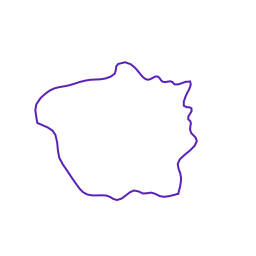 an SVG outline of Aguascalientes, rotated 46°
{"feature_id": "MEX-2717", "entity_name": "Aguascalientes", "entity_type": "State", "adm_level": 1, "iso_a3": "MEX", "parent_name": "Mexico", "parent_adm1": "", "projection": "natural_earth1", "projection_center": [-102.327, 22.067], "detail": "fine", "context": "isolated", "style": "outline", "palette": "violet", "viewbox_px": 256, "rotation_deg": 46, "n_neighbors": 0, "source": "natural_earth", "source_scale": "10m", "svg_char_len": 1619}
<svg xmlns="http://www.w3.org/2000/svg" viewBox="0 0 256 256"><g transform="rotate(46 128 128)"><path d="M210.3,137.7L209.8,138.3L209.4,138.9L209.1,139.6L208.8,140.2L205.6,145.7L202.7,149.7L199.2,152.4L193.9,154.3L190.4,156.4L188.1,159.7L185.4,162.8L181.1,164.4L177.1,167.1L175.5,171.4L175.0,176.6L174.3,181.7L172.1,186.0L169.0,187.8L165.3,188.7L161.4,190.6L157.9,193.9L154.7,197.4L151.4,200.8L147.5,203.5L143.0,204.9L138.5,205.0L134.0,204.4L129.3,203.7L124.2,202.9L119.1,201.9L114.0,201.0L108.9,200.2L101.4,198.0L95.2,193.8L89.2,189.0L82.5,185.0L77.5,184.1L71.8,185.4L66.2,187.7L61.3,189.7L55.8,185.9L50.8,182.3L47.3,177.5L45.7,170.1L45.8,165.9L46.1,161.9L46.8,157.9L48.1,154.1L50.0,150.4L52.2,147.1L54.5,143.7L56.6,140.3L59.0,135.6L61.4,130.7L64.1,126.0L67.0,121.8L70.4,117.9L73.8,114.0L76.8,109.7L79.0,104.8L79.7,99.8L77.9,96.5L75.6,93.8L75.1,90.6L78.7,84.4L84.1,81.7L90.3,81.1L96.1,81.5L98.8,81.8L102.0,81.9L105.0,81.4L107.3,80.0L108.4,77.9L109.1,75.5L109.7,73.2L110.9,71.4L111.4,71.1L112.0,70.9L112.5,70.7L113.1,70.6L114.7,70.7L116.2,71.0L117.8,71.1L119.3,70.6L121.1,69.0L122.4,67.0L123.8,65.1L125.8,64.1L129.0,64.2L131.4,61.7L133.2,58.1L134.7,54.6L137.7,51.0L140.4,52.7L142.6,57.0L144.0,61.4L145.5,65.1L147.8,69.6L150.7,72.4L154.0,71.3L154.9,70.2L155.8,69.5L156.9,68.9L158.0,68.7L160.1,70.7L160.9,73.6L161.6,76.6L163.6,78.6L166.7,78.5L168.6,79.8L170.1,82.0L172.3,84.5L175.5,86.0L178.9,86.0L182.3,86.1L185.3,87.7L187.1,92.6L187.2,99.4L186.6,106.5L186.5,112.4L188.4,117.2L192.2,119.8L196.7,121.8L200.9,124.6L203.6,127.6L206.0,130.8L208.1,134.1L210.3,137.7Z" fill="none" stroke="#5b21b6" stroke-width="2"/></g></svg>